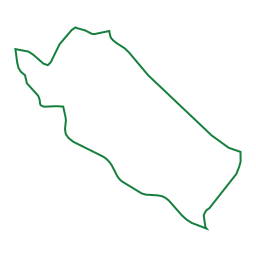 an SVG outline of Ðong Tháp
{"feature_id": "VNM-500", "entity_name": "Ðong Tháp", "entity_type": "Province", "adm_level": 1, "iso_a3": "VNM", "parent_name": "Vietnam", "parent_adm1": "", "projection": "orthographic", "projection_center": [105.526, 10.632], "detail": "fine", "context": "isolated", "style": "outline", "palette": "green", "viewbox_px": 256, "rotation_deg": 0, "n_neighbors": 0, "source": "natural_earth", "source_scale": "10m", "svg_char_len": 949}
<svg xmlns="http://www.w3.org/2000/svg" viewBox="0 0 256 256"><path d="M94.4,34.1L109.3,31.0L109.5,32.6L110.4,36.6L111.2,38.2L113.4,40.6L116.7,43.2L124.7,48.3L129.2,52.7L148.1,75.2L211.6,135.4L228.7,147.8L240.5,151.9L240.6,161.7L239.1,167.0L236.3,174.0L209.3,208.3L206.4,210.2L204.7,213.0L203.7,215.6L205.4,227.0L206.6,228.6L206.3,228.5L191.9,223.0L186.7,219.7L182.0,215.5L168.6,200.3L165.5,197.9L162.0,196.2L157.9,195.4L145.6,194.6L141.6,193.4L127.0,184.5L122.1,181.5L119.5,179.2L117.2,176.0L111.8,165.4L109.4,162.0L106.7,159.2L103.5,156.8L73.3,141.8L68.5,138.0L65.8,134.1L65.0,129.4L65.9,120.2L65.5,116.9L63.2,106.6L56.5,106.2L44.2,106.7L42.5,106.2L40.6,105.1L40.0,103.1L39.8,100.9L39.2,98.3L38.1,95.7L26.8,83.2L26.4,81.1L25.0,75.2L20.9,71.8L18.5,67.8L17.3,63.2L15.4,49.1L28.5,51.6L33.1,54.6L43.4,63.6L47.8,65.2L50.7,62.3L59.6,44.2L71.7,30.0L75.5,27.4L76.9,28.1L85.3,30.5L92.0,33.9L94.4,34.1Z" fill="none" stroke="#15803d" stroke-width="2"/></svg>